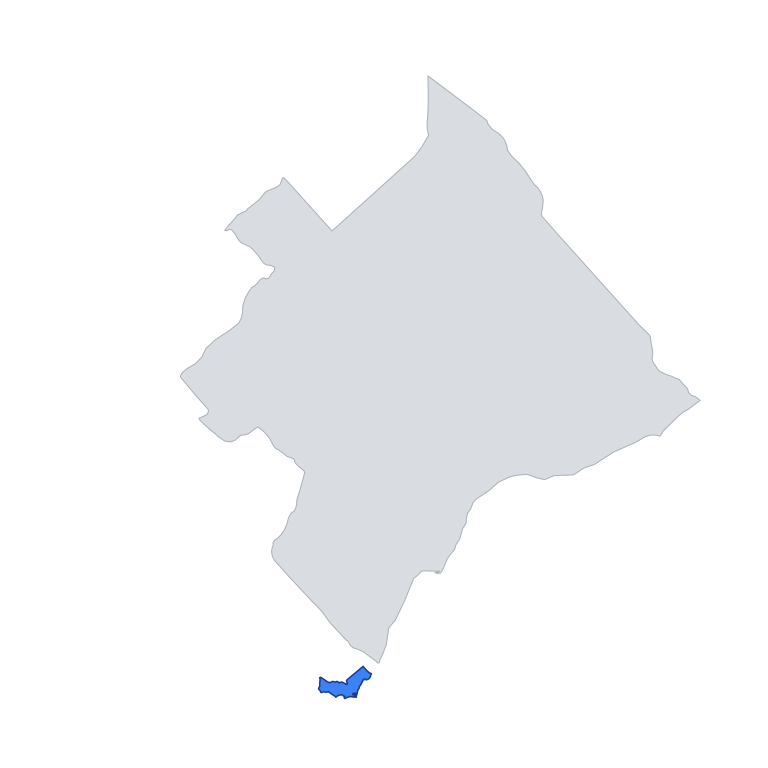 Cabinda on a map of Angola (Mercator projection), rotated 228°
{"feature_id": "AGO-1885", "entity_name": "Cabinda", "entity_type": "Province", "adm_level": 1, "iso_a3": "AGO", "parent_name": "Angola", "parent_adm1": "", "projection": "mercator", "projection_center": [12.416, -5.077], "detail": "fine", "context": "in_parent", "style": "filled", "palette": "blue", "viewbox_px": 768, "rotation_deg": 228, "n_neighbors": 0, "source": "natural_earth", "source_scale": "10m", "svg_char_len": 5478}
<svg xmlns="http://www.w3.org/2000/svg" viewBox="0 0 768 768"><g transform="rotate(228 384 384)"><path d="M604.8,368.6L605.6,373.5L606.4,380.2L607.0,385.1L607.5,387.3L607.7,388.4L607.1,389.7L606.6,392.6L605.5,395.2L605.0,397.0L605.4,400.3L604.7,410.1L604.5,414.9L605.9,423.6L605.7,426.2L602.7,434.2L601.9,438.2L601.7,440.3L604.9,446.1L604.7,447.3L602.3,447.7L600.3,447.8L532.5,447.8L532.6,550.0L532.6,558.8L534.8,570.4L538.8,583.1L540.3,584.3L544.4,586.6L550.0,591.4L553.1,595.0L559.5,601.3L568.1,609.3L583.5,622.8L531.9,632.9L512.1,636.5L510.3,636.5L507.4,635.1L501.1,634.8L493.6,636.8L487.7,637.3L483.3,636.4L479.0,634.7L474.8,632.2L467.6,631.3L457.4,632.0L447.4,631.5L437.9,629.9L431.1,629.2L427.0,629.6L422.6,629.0L417.9,627.6L413.9,625.2L409.2,620.1L405.5,615.2L404.6,614.6L403.4,613.8L402.2,613.6L381.8,613.3L257.4,613.1L243.0,614.0L241.9,613.8L240.1,613.2L238.9,612.1L234.8,609.4L231.2,607.3L226.4,603.8L223.3,599.9L220.7,598.7L216.0,598.0L212.5,597.3L209.7,597.2L204.6,599.0L200.9,600.8L198.2,602.5L193.5,604.5L189.6,606.5L182.7,606.2L181.2,606.5L177.4,606.4L173.8,604.6L170.1,604.8L166.1,607.0L160.3,607.9L161.6,593.5L163.0,587.1L163.1,579.6L162.2,559.9L161.2,557.3L160.6,554.1L164.2,551.7L166.0,549.9L168.5,546.6L170.2,542.1L172.3,532.1L179.8,509.1L183.4,486.6L187.9,476.0L189.6,464.1L202.3,448.8L205.4,439.4L211.9,434.8L221.2,429.9L227.7,421.1L230.9,415.1L234.5,403.5L234.5,391.5L236.8,375.4L236.3,370.8L232.9,364.4L232.2,359.8L229.0,355.3L225.6,351.9L224.0,345.9L218.1,336.4L216.4,330.0L213.6,325.4L213.1,319.8L211.6,313.9L208.8,308.0L205.9,301.3L205.9,299.2L207.7,296.7L209.4,295.8L208.8,297.1L207.7,298.6L207.9,299.8L219.0,288.0L219.7,285.7L219.4,283.1L219.3,280.0L219.8,276.3L209.3,254.7L201.0,234.6L199.6,224.4L188.6,211.1L184.2,202.4L181.8,196.3L179.9,194.0L180.6,192.9L183.5,192.6L189.8,191.2L198.4,189.6L206.3,186.1L208.5,184.5L212.7,184.2L217.0,185.2L218.6,184.5L219.5,184.4L229.6,184.4L233.8,184.2L241.6,184.3L246.5,184.5L249.3,184.9L256.9,185.6L266.3,185.4L269.6,185.1L282.0,184.9L305.2,184.5L317.3,184.5L326.6,184.6L330.8,185.8L334.6,188.2L336.4,190.4L337.2,191.4L338.3,193.7L340.4,195.5L341.2,198.3L340.6,202.1L340.9,206.7L342.1,212.1L344.7,217.7L348.5,223.7L350.2,228.4L349.7,231.8L350.9,235.5L353.8,239.4L355.9,241.4L357.1,243.0L360.4,248.9L371.0,265.5L372.5,266.4L374.9,266.1L379.8,265.4L384.7,265.2L388.1,266.7L389.5,266.5L394.8,263.6L400.0,262.8L405.4,261.6L408.3,260.4L411.6,260.4L420.5,262.7L422.2,262.8L429.4,262.8L436.6,261.5L437.6,252.0L437.7,250.1L439.4,246.5L441.6,243.4L441.9,240.4L441.8,236.3L443.4,231.4L448.2,227.4L456.0,225.6L460.5,225.2L467.5,224.1L478.1,223.0L482.0,223.1L482.3,223.7L480.1,230.5L480.0,232.8L480.9,235.0L482.7,236.3L503.8,236.5L524.2,237.3L525.4,237.6L526.2,238.1L527.5,241.5L527.2,248.1L525.3,257.8L526.0,266.9L529.5,275.3L529.8,288.2L527.1,305.7L526.5,316.8L528.1,321.4L531.4,326.3L536.5,331.3L540.5,337.9L543.3,346.0L544.3,351.1L543.5,353.2L543.6,356.8L544.5,362.0L543.5,365.4L540.7,367.1L539.8,369.4L541.2,373.9L541.5,377.9L543.4,380.6L544.7,380.8L547.6,379.3L551.0,376.6L553.7,375.5L557.5,375.6L562.9,376.4L572.4,376.6L575.4,376.2L584.2,372.5L586.5,372.3L590.0,372.6L595.0,373.7L600.0,373.9L602.4,372.8L602.7,371.3L603.4,369.4L604.8,368.6ZM208.6,139.6L208.1,140.2L204.1,141.8L199.8,143.3L194.2,149.5L191.3,152.2L190.5,152.8L187.9,154.3L186.0,155.5L186.1,156.2L187.3,157.1L188.6,158.4L188.5,168.4L187.9,178.4L187.2,179.2L183.7,179.5L178.9,180.2L177.4,180.7L176.9,179.7L175.3,176.0L176.2,172.6L177.1,170.0L176.1,164.8L173.6,160.1L171.1,154.2L170.3,153.1L172.4,151.2L175.7,147.0L177.1,144.9L180.8,144.4L182.2,142.9L183.2,140.4L183.6,139.0L187.9,137.9L193.0,135.8L195.8,133.6L198.7,132.2L200.5,132.1L201.7,132.7L204.9,136.6L207.7,139.0L208.6,139.6Z" fill="#d9dde1" stroke="#a8b0b8" stroke-width="1"/><path d="M198.1,131.0L198.8,131.4L199.3,131.5L199.8,131.4L200.3,131.2L200.7,131.2L201.3,131.5L201.8,132.2L202.4,134.0L203.2,134.8L204.6,135.9L207.0,138.8L208.7,139.6L208.4,140.7L207.1,141.1L199.9,142.8L198.8,143.4L198.2,144.1L197.8,144.9L197.6,145.7L197.5,146.6L197.1,147.0L195.5,148.0L195.0,148.4L194.7,149.2L194.6,149.8L194.3,150.2L193.4,150.5L192.0,150.6L191.7,150.8L191.6,151.6L191.0,153.0L189.6,153.8L186.6,154.9L186.3,154.9L186.0,154.9L185.8,155.0L185.6,155.3L185.6,155.6L185.7,156.0L185.8,156.4L186.0,156.5L188.2,157.3L188.7,157.7L188.9,158.9L188.8,161.7L188.7,164.8L188.5,169.2L188.3,173.7L188.3,176.1L188.1,179.5L185.5,179.4L182.1,179.4L179.0,179.8L177.3,180.8L175.5,177.8L175.0,175.5L175.8,173.2L176.3,172.8L176.7,172.7L177.1,172.7L177.6,172.4L177.9,172.1L178.1,171.6L178.1,170.5L178.0,170.0L177.4,168.7L176.8,167.4L175.9,165.0L175.9,164.0L174.4,161.4L174.2,159.7L172.2,157.3L170.5,154.6L170.5,154.2L170.9,154.3L171.6,154.5L172.1,154.6L172.3,154.8L172.6,155.7L173.3,155.9L173.9,155.5L174.2,154.9L174.3,154.4L174.6,154.2L174.6,153.5L174.4,153.2L174.1,153.0L173.7,153.0L173.4,153.4L173.4,153.9L173.4,154.7L173.2,154.9L172.9,154.8L172.8,154.1L172.5,153.7L172.2,153.6L172.0,153.9L171.7,153.9L171.3,153.7L170.7,153.8L170.0,153.7L170.3,153.3L174.4,149.8L175.3,148.2L176.4,144.5L176.6,144.3L177.0,144.3L177.4,144.5L177.7,144.9L178.2,145.8L178.5,145.5L179.0,145.3L179.6,145.2L180.8,145.0L181.3,144.8L181.7,144.4L183.2,141.4L183.4,140.6L183.4,139.0L183.7,138.5L184.7,138.7L185.2,138.6L187.7,137.8L191.7,137.1L192.3,136.9L192.7,136.4L193.5,135.0L194.0,134.4L194.6,133.9L195.3,133.5L195.8,132.9L196.0,132.1L196.5,131.2L197.3,130.7L197.8,130.9L198.1,131.0Z" fill="#3b82f6" stroke="#1e3a8a" stroke-width="1.5"/></g></svg>